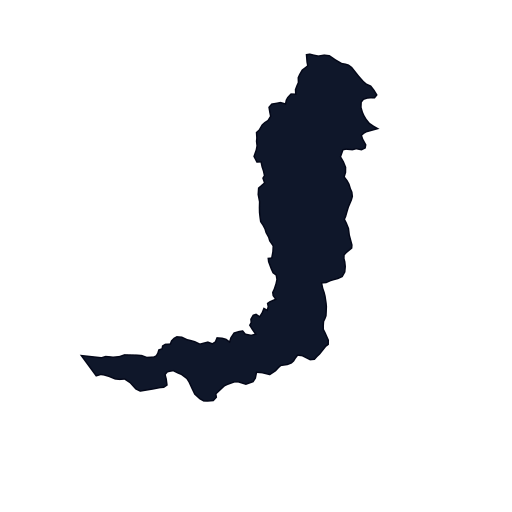 outline of Castelândia, Goiás, Brazil, rotated 318°
{"feature_id": "56859067B13965463256394", "entity_name": "Castelândia", "entity_type": "district", "adm_level": 2, "iso_a3": "BRA", "parent_name": "Brazil", "parent_adm1": "Goiás", "projection": "equal_earth", "projection_center": [-50.36, -18.152], "detail": "fine", "context": "isolated", "style": "filled", "palette": "ink", "viewbox_px": 512, "rotation_deg": 318, "n_neighbors": 0, "source": "geoboundaries", "source_scale": "gbopen_adm2", "svg_char_len": 3318}
<svg xmlns="http://www.w3.org/2000/svg" viewBox="0 0 512 512"><g transform="rotate(318 256 256)"><path d="M453.5,217.1L454.5,211.8L454.9,206.5L452.9,202.0L452.4,198.0L452.5,190.7L453.2,179.9L452.4,176.0L450.7,173.2L448.4,170.3L446.2,163.4L444.5,156.3L441.1,152.4L436.1,149.2L433.2,145.3L431.0,142.0L428.2,140.2L426.0,143.1L423.7,146.1L421.8,149.3L419.1,149.2L414.8,148.8L409.9,150.4L406.7,151.8L403.6,155.5L400.4,156.9L396.7,158.8L393.8,162.4L390.4,159.1L385.7,159.5L382.8,160.5L379.7,162.8L376.8,158.3L373.4,156.3L369.4,153.7L365.2,154.2L362.4,158.6L360.4,162.0L355.6,163.4L351.8,162.8L348.3,162.8L342.7,164.6L339.0,164.6L335.6,168.9L333.2,171.1L330.5,174.9L327.2,177.4L321.2,180.7L319.6,186.8L322.8,189.4L320.2,193.9L318.5,197.8L316.1,202.0L313.3,202.8L311.3,207.5L303.4,207.3L298.8,211.8L295.0,218.1L291.0,222.3L287.8,226.0L285.0,229.9L282.5,233.6L281.9,237.8L280.9,241.8L279.2,245.4L278.0,250.6L276.4,253.9L275.6,260.0L271.4,264.2L266.3,268.1L263.5,266.0L261.6,268.7L260.3,272.0L258.8,275.8L257.5,279.9L258.3,283.7L255.9,287.5L252.3,290.1L247.4,292.9L244.1,294.3L242.3,296.9L241.8,301.4L236.0,299.4L232.9,299.0L231.2,301.9L228.0,303.9L226.8,300.3L222.8,302.3L218.0,303.7L217.0,299.4L214.3,298.2L209.9,299.6L207.9,302.3L205.1,303.3L204.2,308.2L203.5,313.9L199.3,311.8L195.7,306.9L195.9,302.8L192.8,300.8L188.2,298.6L182.7,300.0L178.8,302.3L177.9,297.8L175.8,294.5L172.3,290.8L168.3,292.7L164.8,292.1L162.6,287.8L158.4,285.6L155.3,284.0L153.1,278.7L150.9,275.2L148.7,272.0L146.5,266.7L143.1,263.1L140.1,262.4L136.4,262.6L133.4,264.2L129.5,261.0L126.4,260.4L124.1,262.2L121.0,260.8L118.0,262.6L115.1,263.5L112.4,262.8L110.0,260.8L106.9,258.3L104.4,253.5L101.1,250.0L95.8,245.0L92.1,241.5L87.3,239.5L82.0,235.6L80.0,233.3L77.0,230.1L73.1,228.3L59.6,213.2L57.1,238.1L61.3,240.1L63.4,242.5L66.3,247.2L69.1,253.1L72.2,256.5L76.1,259.5L77.8,266.1L77.8,274.4L79.6,278.9L90.4,285.8L96.4,289.4L99.6,291.8L103.5,292.3L106.9,287.4L109.1,283.2L112.6,282.7L115.1,284.1L117.8,285.8L119.8,290.8L121.4,294.1L122.7,300.8L122.0,304.9L119.9,311.6L118.1,317.7L118.8,324.6L120.2,328.7L122.9,331.3L127.5,334.8L132.0,334.4L133.9,331.5L145.7,331.3L148.7,332.2L155.6,335.0L158.6,337.6L162.7,344.5L169.7,347.4L173.8,346.3L178.6,342.7L182.5,346.8L186.9,353.3L193.7,354.3L198.1,353.9L201.2,353.9L206.7,357.6L210.7,359.1L213.7,359.1L216.7,358.2L220.6,357.5L223.7,361.0L226.9,369.3L230.3,371.8L233.9,371.4L237.8,371.3L247.4,369.7L250.5,370.0L253.4,366.9L255.9,359.2L256.9,355.5L259.4,352.7L262.4,349.8L265.3,348.6L268.0,347.2L270.8,344.4L274.4,340.7L276.5,337.9L280.4,332.0L282.2,328.6L283.9,324.6L286.7,319.8L290.3,322.6L294.7,324.0L297.5,325.3L301.8,327.5L306.3,328.9L311.3,327.2L315.2,323.6L318.0,319.8L319.6,316.7L322.1,314.1L325.3,313.8L332.4,314.1L334.6,312.0L339.3,302.8L343.1,297.4L345.1,291.9L346.2,287.8L349.1,286.5L352.9,284.1L357.5,281.3L364.2,278.2L367.4,276.2L369.9,272.7L371.1,269.1L373.1,264.8L374.0,261.0L374.4,256.2L378.5,253.7L381.9,250.0L383.9,244.5L385.1,238.8L391.7,235.2L394.4,236.8L398.8,241.5L402.3,243.3L405.5,247.6L409.4,248.7L411.9,246.8L413.4,240.5L415.0,236.8L418.1,236.8L421.0,237.4L425.2,239.5L431.6,242.7L430.1,238.2L428.9,233.2L429.2,227.9L430.1,223.6L431.2,220.3L433.4,215.8L437.1,212.0L440.7,211.4L444.3,213.0L447.1,215.1L449.9,217.7L453.5,217.1Z" fill="#0f172a" stroke="#020617" stroke-width="1.5"/></g></svg>